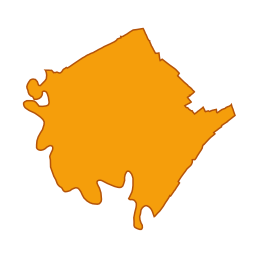 the district of Golaiesti, Iasi, Romania, rotated 184°
{"feature_id": "2599482B7139322777344", "entity_name": "Golaiesti", "entity_type": "district", "adm_level": 2, "iso_a3": "ROU", "parent_name": "Romania", "parent_adm1": "Iasi", "projection": "albers", "projection_center": [27.678, 47.265], "detail": "fine", "context": "isolated", "style": "filled", "palette": "amber", "viewbox_px": 256, "rotation_deg": 184, "n_neighbors": 0, "source": "geoboundaries", "source_scale": "gbopen_adm2", "svg_char_len": 5721}
<svg xmlns="http://www.w3.org/2000/svg" viewBox="0 0 256 256"><g transform="rotate(184 128 128)"><path d="M214.5,179.9L214.3,179.7L213.3,177.4L212.8,175.0L212.9,171.4L214.1,169.3L218.4,164.2L219.8,164.3L220.4,164.8L221.7,167.9L223.7,169.9L226.1,170.2L227.5,169.8L228.8,169.1L230.2,166.9L231.3,164.5L231.8,162.3L231.5,160.7L230.4,158.5L230.0,156.8L229.0,154.8L227.3,153.3L225.5,152.7L224.9,152.1L223.7,150.1L222.8,150.1L220.9,150.3L218.5,151.4L217.0,152.8L216.1,154.6L215.8,156.2L216.0,157.8L215.3,158.6L214.4,159.0L213.1,158.7L211.9,158.1L210.9,156.5L209.6,153.3L208.9,150.0L208.5,148.3L208.6,147.0L208.9,146.0L209.6,145.1L211.3,144.3L214.7,143.6L218.1,143.5L221.5,147.1L223.5,148.3L225.8,148.5L230.8,148.2L233.1,146.8L233.9,145.6L233.7,143.9L233.0,142.3L231.9,141.0L230.3,140.0L227.8,138.6L222.1,136.4L218.8,134.5L216.1,132.8L213.4,130.5L212.0,128.2L212.0,125.5L213.2,120.4L215.0,117.1L216.9,112.9L217.9,108.9L218.0,105.1L217.9,103.3L217.8,101.9L217.0,100.8L215.9,100.1L214.1,99.7L212.6,99.9L210.9,100.5L209.3,101.5L207.4,103.4L204.8,105.0L203.5,105.0L202.3,104.5L201.8,103.7L201.6,102.4L201.8,100.7L202.9,98.0L203.7,95.6L204.0,94.5L204.0,93.7L203.2,90.9L202.5,83.6L198.6,74.7L196.4,71.3L194.9,68.0L194.3,67.0L193.3,65.9L192.1,64.9L190.7,64.2L189.7,63.4L188.2,61.1L186.9,60.2L185.7,60.1L184.0,60.5L181.4,61.5L179.7,63.0L177.4,64.2L175.8,64.8L173.8,64.5L172.3,63.3L170.6,61.1L168.9,58.0L167.0,55.1L163.8,52.4L160.8,50.8L158.0,50.0L155.9,49.9L153.1,49.9L151.5,50.4L150.3,51.7L149.6,53.2L149.5,55.1L150.5,61.4L152.3,66.0L154.0,68.7L155.1,71.0L155.1,72.4L154.5,73.3L153.5,73.8L152.0,74.0L150.3,73.7L144.8,71.3L137.4,68.8L133.7,68.1L131.8,68.1L130.4,68.6L129.2,69.8L128.5,71.9L127.7,75.4L128.0,78.4L127.6,81.3L126.6,83.7L126.0,84.6L125.1,85.0L123.8,84.8L122.8,84.1L121.2,82.3L120.3,80.4L119.5,78.1L119.0,70.9L119.2,66.9L119.6,64.6L120.4,62.4L121.8,58.8L122.4,57.7L121.7,56.9L120.6,56.7L119.0,56.9L117.2,56.6L115.7,55.4L114.5,53.6L114.3,51.5L114.4,49.4L115.3,44.2L115.9,39.0L115.4,34.6L115.2,31.2L114.6,29.8L113.6,29.1L112.0,28.4L109.5,27.7L107.8,27.8L107.1,28.4L106.7,29.7L107.0,32.0L108.4,34.2L109.7,37.3L110.2,40.6L109.6,43.0L109.3,47.1L108.2,49.3L106.9,50.7L105.3,51.7L103.8,51.8L101.9,51.0L100.6,50.1L99.0,48.4L97.8,46.3L95.7,41.4L95.1,41.8L92.3,45.4L91.4,46.4L90.6,47.3L89.3,49.3L88.2,51.0L87.0,53.0L86.8,53.5L85.3,56.4L84.1,58.4L82.5,61.3L81.9,62.7L81.6,63.5L80.8,63.1L79.9,64.5L78.9,66.2L78.1,67.5L77.3,69.0L76.9,69.3L75.4,72.2L74.4,73.9L72.8,76.8L74.2,78.1L71.8,82.5L69.5,86.2L67.4,89.4L67.2,89.9L66.3,91.3L65.9,91.8L64.9,92.8L64.2,93.6L63.4,94.4L62.6,95.4L62.1,96.3L61.8,97.2L61.5,98.4L61.5,99.6L61.7,100.8L60.4,101.1L59.5,101.0L59.0,101.2L58.3,102.2L57.6,103.5L56.9,105.1L56.3,106.1L55.0,108.5L53.4,111.3L52.5,113.3L52.5,114.0L52.4,114.5L52.2,115.6L52.1,115.8L51.5,116.7L51.4,116.6L51.1,116.8L48.9,119.6L46.3,122.8L44.6,124.7L43.9,125.3L43.5,125.7L42.4,126.7L40.9,128.2L42.2,129.4L41.4,130.2L38.8,132.3L37.7,133.4L36.5,134.4L36.1,134.7L35.6,135.1L34.8,135.7L34.8,136.2L34.9,136.8L34.8,137.0L32.4,138.9L29.2,141.3L29.3,141.5L22.3,147.8L22.1,148.0L23.9,152.1L24.5,153.8L25.7,156.3L26.5,158.6L26.8,158.1L28.1,157.1L28.6,156.8L28.9,156.6L30.0,156.2L30.9,155.7L31.8,155.2L31.9,154.9L32.0,154.7L32.6,154.3L33.7,153.8L35.7,152.9L36.0,152.6L36.4,152.3L37.6,151.4L38.0,151.0L38.7,150.4L39.4,149.9L39.7,149.6L40.0,149.4L40.6,149.8L40.7,150.2L40.8,150.6L41.0,151.6L41.0,152.1L41.2,152.7L45.2,151.5L45.8,151.2L46.5,150.9L47.6,150.2L48.1,150.2L49.1,150.7L51.9,149.7L52.7,150.6L52.6,150.8L52.9,151.4L54.5,154.0L55.3,153.1L58.8,150.0L59.5,149.5L60.3,148.6L61.1,147.9L62.6,146.6L62.8,146.8L64.0,148.1L64.7,148.7L64.9,149.0L65.0,149.5L65.3,149.7L65.9,149.6L66.1,149.6L66.7,149.8L67.2,150.1L67.7,150.6L68.3,150.8L68.7,151.1L69.1,151.6L69.2,151.8L69.7,152.2L70.0,152.4L71.0,152.4L71.5,152.7L72.5,153.8L72.9,154.2L72.2,154.7L70.3,155.9L69.6,156.4L68.6,156.9L66.8,158.3L67.0,158.7L67.5,159.1L67.8,159.5L68.3,159.9L68.9,160.6L69.7,161.4L70.3,162.1L70.8,162.8L68.2,164.6L68.5,164.9L68.6,165.0L68.0,165.2L67.8,165.3L66.3,166.6L65.8,167.0L65.0,168.0L64.3,168.7L64.6,169.1L64.8,169.1L65.1,169.4L65.3,169.7L66.0,170.1L66.8,171.1L67.9,172.0L68.1,172.3L68.6,172.6L69.8,173.4L70.8,174.1L71.3,174.5L71.5,174.9L71.7,175.1L72.0,175.3L72.4,175.6L73.5,176.4L74.1,176.9L74.4,177.0L82.1,183.5L80.7,186.2L83.8,189.1L84.5,189.7L85.9,190.7L86.6,191.1L89.5,192.9L90.7,193.6L98.7,199.0L99.6,198.3L100.6,197.5L100.9,198.1L101.5,200.5L102.1,203.6L102.4,205.0L103.3,204.8L103.8,204.6L104.5,204.5L105.0,204.6L105.8,204.4L108.2,208.1L108.5,208.7L109.6,210.5L110.5,211.7L110.9,212.7L112.4,215.6L112.5,216.5L113.3,216.7L113.7,217.4L113.9,217.7L114.2,218.0L114.5,218.4L114.7,218.7L114.9,219.2L115.7,220.8L116.4,222.2L116.8,222.8L117.1,223.1L117.5,224.0L118.5,226.0L119.0,226.8L119.3,227.5L119.9,228.3L125.8,226.9L129.7,226.1L132.6,224.1L135.7,221.6L138.6,219.7L139.0,219.2L140.8,218.7L141.6,218.8L141.3,217.6L142.4,217.1L144.5,216.2L144.9,215.9L145.4,215.0L145.9,214.4L146.2,214.2L146.6,213.8L147.0,213.6L147.2,213.3L152.5,210.2L153.0,210.0L153.5,209.7L155.5,208.6L156.4,208.1L157.4,207.6L158.8,206.6L160.2,205.7L162.3,204.5L163.3,203.9L164.4,203.1L166.3,201.9L166.7,201.7L167.3,201.2L168.3,200.6L169.8,200.0L170.9,199.4L172.3,198.5L173.3,198.1L175.1,196.9L175.4,196.6L175.6,196.4L178.6,194.5L179.1,194.0L180.0,193.4L185.0,189.5L188.8,186.5L189.3,186.1L189.6,185.8L192.6,183.6L193.2,183.8L193.5,184.0L193.8,184.1L194.9,183.1L196.3,182.2L196.9,181.5L197.2,180.9L197.8,179.8L198.1,179.4L199.1,178.4L199.6,178.2L200.2,178.1L200.5,178.1L201.6,178.4L202.3,178.7L203.1,178.7L203.3,178.7L203.8,178.4L204.3,178.2L205.0,178.2L205.7,178.2L206.0,178.0L207.3,179.4L208.2,180.2L209.1,180.1L211.0,180.1L214.5,179.9Z" fill="#f59e0b" stroke="#b45309" stroke-width="1.5"/></g></svg>